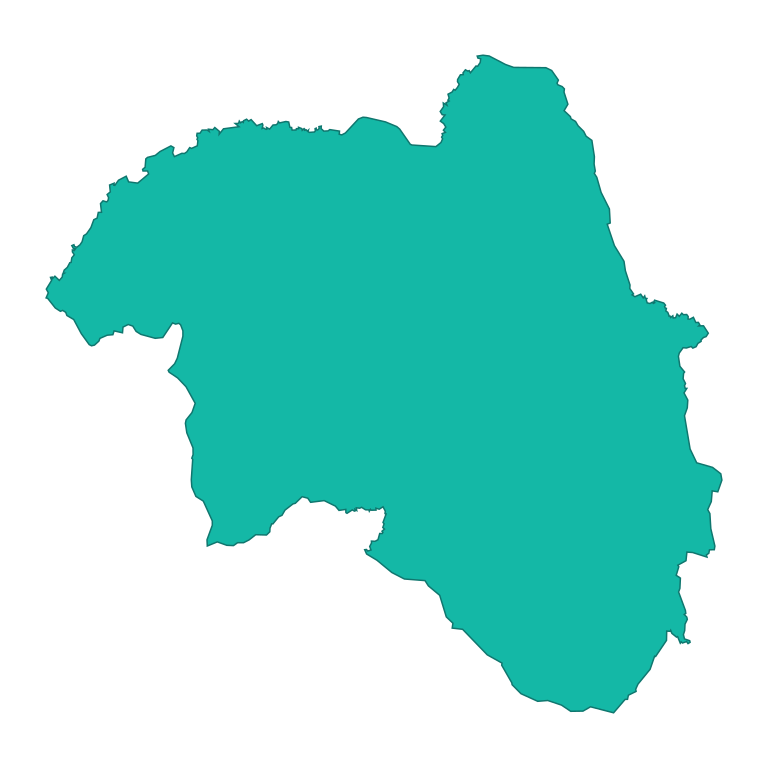 Nong Saeng, Udon Thani, Thailand
{"feature_id": "78962969B88250797727132", "entity_name": "Nong Saeng", "entity_type": "district", "adm_level": 2, "iso_a3": "THA", "parent_name": "Thailand", "parent_adm1": "Udon Thani", "projection": "robinson", "projection_center": [102.753, 17.139], "detail": "fine", "context": "isolated", "style": "filled", "palette": "teal", "viewbox_px": 768, "rotation_deg": 0, "n_neighbors": 0, "source": "geoboundaries", "source_scale": "gbopen_adm2", "svg_char_len": 6049}
<svg xmlns="http://www.w3.org/2000/svg" viewBox="0 0 768 768"><path d="M233.5,545.6L237.6,542.7L243.6,542.7L249.1,539.9L255.7,534.7L266.5,535.0L269.8,531.8L270.0,528.2L271.7,523.8L272.9,523.9L278.7,516.8L282.0,515.3L285.0,510.1L293.0,503.9L295.3,503.3L302.1,496.7L307.8,498.2L310.6,502.3L324.2,500.6L335.4,506.1L339.0,510.4L345.8,509.4L345.9,512.6L347.0,513.3L352.3,509.9L354.4,511.1L355.1,510.9L354.9,509.3L356.7,510.5L356.3,507.8L359.7,508.2L361.6,507.3L365.5,509.8L368.9,509.9L369.3,511.2L370.4,509.3L371.1,510.2L376.0,510.1L375.9,508.2L379.2,509.2L383.0,506.8L385.3,511.1L385.0,513.6L386.1,513.9L383.0,522.5L384.1,523.8L382.8,527.5L384.5,529.1L382.0,531.2L382.9,532.4L382.3,533.5L379.7,533.5L378.0,539.7L375.1,541.3L371.4,541.1L371.5,543.0L369.7,546.5L371.0,550.0L367.7,551.0L366.5,549.5L364.7,549.7L366.6,554.0L376.9,560.2L391.8,572.5L404.4,579.0L425.0,580.6L428.4,585.9L439.7,595.3L446.3,616.9L452.9,623.2L452.2,628.1L462.6,629.3L487.2,654.8L502.0,663.1L501.7,665.2L511.8,682.8L512.1,684.7L521.0,693.7L537.7,701.3L547.8,700.5L561.5,705.1L570.7,711.3L583.0,711.1L590.5,706.8L613.6,712.8L625.1,699.4L627.5,699.3L628.4,695.2L636.1,691.4L635.7,689.2L638.0,684.1L650.1,669.3L654.6,656.2L655.6,656.5L666.5,640.4L666.7,631.1L670.3,631.3L670.7,630.4L671.9,633.4L676.5,637.1L677.6,636.6L680.3,643.2L681.3,641.9L682.5,643.0L686.6,641.6L688.0,643.6L690.1,642.3L689.7,640.7L684.5,638.9L683.4,634.6L684.7,630.6L685.0,624.2L687.3,619.4L686.8,617.1L684.2,614.4L685.8,613.4L685.4,610.4L678.6,592.0L679.9,588.4L680.4,578.1L676.2,575.3L678.8,566.7L677.8,565.2L686.0,560.7L686.9,552.1L692.6,552.5L707.0,557.1L706.4,554.9L708.8,553.3L709.5,549.8L714.3,549.7L714.9,546.1L710.8,528.6L709.9,513.6L707.7,509.6L711.3,501.6L712.2,490.9L717.8,491.8L721.9,480.1L720.8,473.8L712.6,467.4L696.7,462.8L690.1,449.0L684.5,415.7L687.3,407.8L687.8,400.1L684.0,392.9L686.8,388.4L685.2,388.4L684.5,385.7L685.5,383.5L683.1,378.7L683.6,373.3L684.6,372.0L679.9,366.3L678.4,356.3L679.3,353.0L683.1,347.7L686.4,348.0L691.2,346.5L692.8,348.1L696.1,346.7L697.9,343.4L701.1,341.4L701.1,339.9L703.5,337.5L706.1,336.6L708.3,333.2L703.5,325.8L698.8,325.9L699.9,325.0L698.4,322.4L695.8,322.5L693.4,317.3L689.8,319.2L688.0,319.0L688.2,316.5L686.7,314.5L683.4,314.7L681.8,313.2L679.3,316.3L677.1,314.1L675.6,317.7L673.2,318.0L672.8,315.8L670.6,317.5L670.1,316.1L668.3,316.0L669.1,315.8L667.8,312.4L665.8,310.9L666.4,308.4L665.2,308.0L664.6,306.5L665.5,305.2L663.7,303.0L654.6,300.2L653.8,301.8L654.7,302.7L653.3,303.4L652.4,302.2L650.0,303.5L647.2,302.9L646.2,299.7L646.9,298.5L645.3,298.2L644.7,295.9L643.2,297.9L640.7,294.2L634.9,296.7L632.1,294.9L633.5,293.9L629.8,288.5L630.0,285.0L625.4,270.8L624.0,261.3L614.4,245.6L607.2,224.2L610.2,223.0L609.4,209.0L601.1,192.4L596.8,177.3L594.3,173.4L595.3,171.1L594.1,164.0L594.4,156.7L591.9,140.4L586.1,136.2L583.7,131.4L578.1,125.8L575.5,121.4L571.0,118.8L570.4,116.6L564.1,110.7L567.9,104.2L564.0,92.1L564.4,88.9L562.2,86.6L557.9,84.8L557.0,83.2L558.4,80.1L551.7,70.5L545.9,67.7L513.7,67.4L505.5,64.5L489.2,56.0L483.0,55.2L477.2,56.1L477.9,58.1L480.7,58.8L480.2,62.5L477.6,66.3L476.0,66.0L470.4,72.8L469.2,70.6L467.9,71.1L465.4,69.8L463.0,72.9L463.3,74.6L460.4,74.8L457.6,79.5L457.5,81.7L459.2,84.3L457.4,87.5L455.2,90.2L453.7,89.4L452.1,92.0L448.0,94.2L449.1,98.1L447.9,100.2L449.1,101.0L446.0,102.9L446.9,105.2L443.3,103.0L443.6,106.7L440.2,111.5L442.2,114.7L445.0,115.0L440.3,121.1L443.7,123.6L445.8,127.1L443.4,130.2L445.4,132.4L442.1,133.6L442.7,135.5L441.6,137.1L442.6,138.8L441.0,142.5L435.9,146.6L411.9,145.0L410.2,144.2L399.7,129.1L396.8,126.6L385.5,121.9L366.5,117.5L363.0,117.2L358.4,119.0L345.4,133.0L341.7,134.9L339.2,134.2L339.5,131.1L329.8,129.6L328.0,130.9L323.8,131.1L321.1,128.6L321.3,126.1L318.9,126.6L319.2,128.4L317.6,130.0L316.2,129.9L316.2,128.2L315.1,128.6L315.3,131.1L314.4,132.0L309.2,132.4L308.1,131.5L308.4,130.2L307.4,131.2L306.4,129.9L304.1,130.5L305.1,129.6L304.1,128.6L302.2,130.3L301.8,128.6L298.5,127.3L298.5,128.7L296.4,128.7L296.0,130.0L292.1,130.1L291.6,127.5L289.9,127.3L288.7,122.0L285.9,121.5L279.6,122.9L278.3,121.5L277.7,123.5L276.1,124.8L273.0,125.0L269.6,129.1L266.6,127.5L267.0,129.0L266.1,129.4L263.6,128.0L262.1,128.5L262.9,125.1L262.3,123.6L256.7,125.7L251.1,119.6L248.6,121.1L246.6,119.2L243.6,120.7L243.3,122.4L242.2,121.7L240.5,122.8L239.3,121.1L238.6,123.4L235.2,123.5L239.0,126.7L223.5,128.8L219.2,134.2L219.4,131.4L214.8,127.5L212.9,129.7L208.5,129.2L209.2,131.5L207.1,130.0L202.1,130.1L200.0,133.2L197.1,133.3L196.7,135.9L197.7,137.7L197.0,139.4L197.9,140.6L197.3,145.8L191.6,148.4L189.7,147.6L186.8,151.9L184.4,153.5L181.9,153.3L174.4,156.6L172.6,153.0L173.9,147.6L170.9,145.9L160.1,151.5L155.3,155.4L147.5,157.4L145.8,158.9L145.1,167.3L142.6,169.3L143.0,171.0L147.6,171.0L148.6,174.0L137.7,183.1L128.6,181.9L126.2,176.2L118.5,180.2L114.8,185.4L113.8,185.2L114.1,183.2L109.6,185.0L110.3,191.9L107.1,194.5L108.6,197.7L108.0,200.5L106.7,201.9L103.0,200.8L100.5,203.6L101.5,212.3L98.3,212.4L97.1,218.1L93.8,219.7L90.9,227.6L86.5,233.9L83.7,235.7L82.1,241.7L80.0,244.8L76.9,247.2L74.6,246.6L73.9,244.7L71.8,245.6L73.5,248.7L75.5,248.8L74.2,250.6L72.4,250.0L72.4,251.9L74.3,254.8L71.8,257.8L71.1,262.4L69.8,262.7L67.3,267.4L64.2,270.1L63.2,273.1L64.2,273.2L62.6,274.1L62.2,277.1L59.3,280.4L54.9,276.2L52.3,278.7L52.2,277.1L50.5,277.4L51.6,280.4L46.3,289.1L48.3,292.8L46.1,297.9L47.7,298.4L55.3,308.0L60.4,311.3L62.7,310.4L65.7,312.3L66.9,315.5L73.7,319.5L81.3,333.7L89.2,344.6L91.5,345.8L94.5,345.1L98.9,341.1L99.9,338.4L107.2,335.2L112.9,334.7L114.1,330.9L122.5,332.8L123.0,327.1L128.2,324.5L132.8,326.1L136.1,331.4L140.9,334.4L155.2,338.3L162.8,337.5L172.5,322.9L175.6,324.1L178.8,323.3L180.6,324.8L182.9,330.8L182.9,336.2L177.3,358.2L174.6,363.8L168.2,370.3L169.1,372.2L177.6,377.9L186.0,386.7L195.2,403.3L192.0,412.5L186.1,419.9L185.4,423.3L186.8,432.8L193.0,447.9L193.1,454.6L191.8,458.2L192.7,459.3L191.3,479.7L191.8,486.9L195.9,496.4L203.3,501.1L212.3,520.9L212.3,525.3L207.0,539.8L207.3,546.0L217.3,541.9L226.8,545.3L233.5,545.6Z" fill="#14b8a6" stroke="#0f766e" stroke-width="1.5"/></svg>